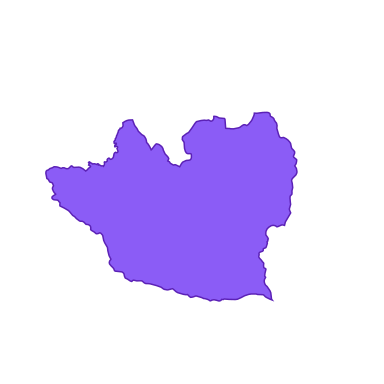 the district of Hiep Duc, Quàng Nam, Vietnam, rotated 217°
{"feature_id": "81297802B47304896634130", "entity_name": "Hiep Duc", "entity_type": "district", "adm_level": 2, "iso_a3": "VNM", "parent_name": "Vietnam", "parent_adm1": "Quàng Nam", "projection": "mercator", "projection_center": [108.135, 15.518], "detail": "fine", "context": "isolated", "style": "filled", "palette": "violet", "viewbox_px": 384, "rotation_deg": 217, "n_neighbors": 0, "source": "geoboundaries", "source_scale": "gbopen_adm2", "svg_char_len": 6068}
<svg xmlns="http://www.w3.org/2000/svg" viewBox="0 0 384 384"><g transform="rotate(217 192 192)"><path d="M220.1,265.5L219.0,264.1L218.6,262.9L218.6,261.4L219.2,260.2L219.5,259.9L220.1,259.8L222.1,259.5L223.5,257.9L225.5,256.7L227.8,254.5L230.7,251.0L230.9,249.9L230.9,248.1L230.6,243.4L230.5,238.0L230.7,237.0L231.5,235.4L232.8,230.6L232.5,229.8L231.3,228.0L228.2,226.9L224.3,222.4L221.8,220.5L220.0,219.8L218.9,219.9L218.1,220.3L216.5,221.6L215.8,221.8L215.4,221.8L214.6,221.0L213.2,219.1L212.7,217.9L212.9,216.3L213.5,215.6L215.6,213.7L217.4,210.3L217.5,208.6L217.0,204.8L221.3,203.9L222.0,203.6L223.0,202.4L223.4,202.3L226.6,201.9L228.1,202.5L228.5,202.5L229.9,202.2L230.1,202.2L230.4,204.0L230.7,204.7L231.0,204.9L232.7,205.6L236.4,206.2L240.0,208.1L241.5,209.3L243.6,210.1L246.5,210.1L247.4,209.9L248.7,209.4L249.4,209.0L249.6,208.6L249.8,206.9L249.8,202.0L250.0,201.1L252.7,202.6L254.4,203.3L256.4,204.0L258.0,204.2L259.4,205.6L260.7,206.6L262.7,207.5L264.2,207.9L266.6,207.6L271.4,208.2L274.2,209.6L277.5,210.5L278.5,211.0L282.9,213.8L285.8,211.4L287.0,209.9L287.9,208.3L288.9,205.7L286.9,203.4L286.6,201.9L286.7,200.8L287.8,199.6L287.4,198.5L287.7,197.8L287.7,197.0L287.5,196.2L286.9,195.3L286.8,194.3L286.2,192.6L286.2,191.8L285.3,189.7L285.3,188.3L284.6,187.4L284.7,186.1L284.6,185.2L283.3,184.0L283.0,184.0L282.1,185.3L281.8,185.3L281.3,184.9L281.2,184.3L281.6,182.6L281.1,181.8L280.7,181.7L280.2,182.7L279.6,183.2L278.7,183.3L278.2,182.8L278.1,181.6L275.9,180.2L275.5,179.8L275.3,179.3L275.5,178.4L275.9,178.0L276.9,177.8L277.3,176.8L277.3,175.9L277.0,175.1L275.7,172.4L275.7,171.2L276.0,169.9L276.4,169.3L276.8,169.0L277.1,169.0L278.1,169.2L278.7,169.1L278.9,168.9L279.3,167.8L279.3,167.2L279.2,166.7L278.4,165.9L278.4,165.3L278.6,164.5L279.2,163.8L280.0,163.4L280.0,163.0L279.1,162.2L278.6,161.4L278.2,160.2L278.2,159.4L278.6,159.6L279.6,158.6L280.7,158.1L282.0,158.0L282.9,157.3L283.2,158.0L283.9,158.0L284.5,157.6L284.6,156.7L285.6,156.4L287.0,155.8L288.4,154.5L289.5,154.6L290.2,154.3L291.5,154.4L292.1,154.3L292.3,153.9L292.4,153.3L292.1,153.1L291.6,153.1L291.2,152.9L291.0,152.4L290.8,151.3L290.4,151.3L289.0,151.6L288.6,151.5L288.3,151.2L288.4,150.2L288.9,148.8L289.0,146.8L289.5,144.8L293.2,144.9L296.1,144.4L297.4,143.7L301.2,140.5L301.8,140.4L303.6,140.5L304.1,140.2L304.4,139.2L304.5,137.7L305.0,136.1L305.2,135.9L306.6,134.9L308.7,134.4L309.2,134.0L309.9,133.5L310.7,132.1L313.8,131.2L315.0,130.7L316.9,129.5L317.5,128.9L318.0,127.5L319.6,125.2L320.0,123.2L320.8,122.1L321.0,121.0L320.7,120.1L319.8,118.8L316.0,115.4L315.4,115.6L314.3,115.5L311.7,114.4L309.5,115.1L308.8,115.1L306.3,113.6L306.1,111.8L305.6,110.8L305.1,110.3L303.2,109.2L301.4,108.5L299.7,108.3L299.5,108.1L299.6,107.8L300.5,105.6L300.8,104.1L300.7,103.6L300.1,102.8L299.1,102.5L297.6,102.7L295.0,104.3L293.8,104.7L292.5,104.2L291.3,104.1L290.9,103.9L289.7,102.0L289.0,101.4L284.3,102.3L279.8,102.8L278.3,102.7L273.2,101.5L270.9,101.7L268.3,101.2L264.6,101.2L263.7,101.4L262.0,102.6L260.4,102.9L257.2,102.4L255.1,103.6L253.5,103.7L252.8,103.6L252.2,103.3L251.3,102.5L250.4,101.1L249.5,100.8L245.9,101.2L243.7,101.0L243.1,101.2L242.5,101.7L241.7,102.7L241.1,103.9L240.2,104.2L239.4,104.1L237.9,103.8L237.1,103.5L233.4,100.2L231.1,98.9L226.1,96.8L223.8,94.4L220.5,91.7L219.6,91.1L216.4,89.6L216.2,89.0L216.3,87.9L216.2,87.1L215.5,85.7L214.5,84.9L212.0,84.3L209.6,84.0L208.2,83.6L206.5,82.5L205.5,82.7L200.1,85.9L199.1,86.1L197.7,86.0L196.7,85.4L195.4,84.2L193.7,83.2L193.0,83.2L191.2,83.6L187.7,83.8L186.3,84.3L186.0,85.9L185.5,86.5L182.8,87.7L178.9,90.7L177.8,90.9L175.5,90.7L174.3,90.9L173.6,91.2L171.5,92.7L170.1,93.5L163.8,96.0L159.3,97.4L156.4,97.4L155.5,97.6L152.9,98.9L152.3,99.4L149.4,103.0L148.2,103.1L144.7,102.8L142.9,103.0L137.3,105.1L134.9,106.4L133.9,107.4L131.3,107.0L129.8,107.0L128.8,107.9L127.8,109.1L126.5,111.1L125.8,111.6L120.8,113.5L118.4,114.0L117.6,114.6L115.3,115.5L113.9,115.9L112.4,115.9L111.9,116.1L111.5,116.5L111.3,117.1L110.8,117.9L109.6,119.2L107.2,120.3L105.3,121.0L104.4,121.6L103.7,122.7L103.6,124.2L102.4,124.8L101.9,125.9L97.7,128.6L92.7,132.2L91.1,133.8L89.2,137.3L87.5,140.9L85.0,144.5L83.4,146.1L79.3,149.2L78.0,149.6L73.8,152.5L72.9,152.9L70.2,152.5L68.6,152.7L65.4,153.3L63.0,154.0L64.0,154.3L68.4,158.9L70.2,160.0L75.1,161.7L77.3,161.9L78.4,162.4L79.6,163.2L80.7,164.3L81.2,165.2L81.6,166.2L81.8,168.1L82.1,168.3L83.1,168.4L83.4,168.7L84.7,170.8L86.2,174.2L86.5,174.8L87.0,175.1L88.8,174.8L89.3,174.9L90.8,176.6L91.6,178.0L92.3,178.5L93.9,178.7L95.2,179.2L98.4,179.8L99.2,180.1L99.8,180.6L100.2,181.2L100.5,182.2L101.4,183.0L101.6,183.4L101.7,184.0L101.5,184.9L100.1,187.0L99.9,187.7L100.0,188.3L100.8,189.3L100.8,189.7L100.4,190.6L100.0,191.0L100.0,191.3L99.6,191.9L99.6,192.6L100.9,196.3L102.1,197.4L102.0,198.6L102.8,199.6L102.8,200.4L104.1,201.2L107.2,202.2L108.5,203.8L109.3,205.3L109.8,207.8L109.5,210.0L108.5,212.7L107.2,214.2L105.2,215.2L103.2,215.3L102.5,216.2L100.6,219.6L99.6,220.4L98.0,221.0L99.4,224.2L100.6,234.7L102.8,236.0L104.0,236.9L105.8,241.5L107.2,242.9L110.0,246.0L111.1,247.7L110.9,250.4L111.7,251.6L112.9,253.1L114.2,256.1L117.1,259.2L119.1,260.8L119.6,261.5L119.9,262.6L119.9,263.7L119.3,268.2L119.8,270.4L120.6,271.6L122.9,273.7L125.7,274.7L125.8,276.5L126.1,277.7L126.9,279.4L127.6,280.5L127.9,280.8L128.8,280.9L131.7,281.0L132.5,281.6L133.2,284.2L133.5,285.0L134.4,286.0L136.2,286.5L138.4,286.8L139.4,287.4L142.6,290.2L144.1,290.7L146.4,291.2L148.9,291.2L151.6,290.7L152.0,290.4L153.0,289.3L153.7,288.8L154.6,288.7L155.3,288.7L157.7,290.2L162.6,293.9L164.0,296.2L165.6,297.6L166.1,297.9L167.8,298.3L169.6,299.0L170.7,299.8L171.5,300.0L173.2,300.0L174.8,299.7L175.1,299.8L176.9,301.4L177.3,301.5L178.2,301.5L179.2,301.2L180.2,300.6L183.2,298.2L187.6,293.9L189.7,292.5L189.0,291.4L188.5,290.0L187.5,285.7L187.4,284.2L187.6,279.9L188.2,278.1L189.9,277.7L190.9,277.1L191.3,276.6L191.8,275.5L192.7,272.5L193.4,271.3L196.9,267.4L199.0,265.9L200.4,265.2L203.2,263.2L203.5,263.2L209.5,270.0L210.4,270.2L214.8,267.5L217.7,267.0L219.6,266.0L220.1,265.5Z" fill="#8b5cf6" stroke="#5b21b6" stroke-width="1.5"/></g></svg>